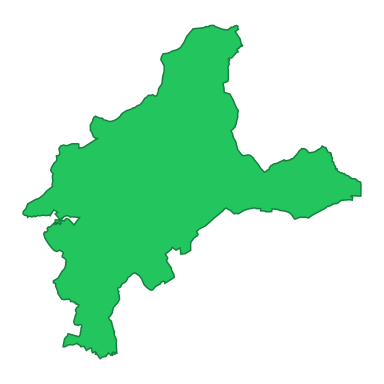 outline of Bistrita, Bistrita-Nasaud, Romania
{"feature_id": "2599482B91510163200898", "entity_name": "Bistrita", "entity_type": "district", "adm_level": 2, "iso_a3": "ROU", "parent_name": "Romania", "parent_adm1": "Bistrita-Nasaud", "projection": "albers", "projection_center": [24.486, 47.14], "detail": "fine", "context": "isolated", "style": "filled", "palette": "green", "viewbox_px": 384, "rotation_deg": 0, "n_neighbors": 0, "source": "geoboundaries", "source_scale": "gbopen_adm2", "svg_char_len": 5869}
<svg xmlns="http://www.w3.org/2000/svg" viewBox="0 0 384 384"><path d="M294.4,218.9L295.1,219.1L300.3,217.1L303.5,217.4L305.0,217.0L308.4,218.0L312.4,215.1L324.6,208.7L327.5,206.4L330.8,205.6L333.7,203.7L336.8,203.6L341.5,200.3L349.7,199.7L352.3,200.2L352.6,197.3L351.1,196.2L351.8,195.7L360.8,196.1L361.0,184.3L360.6,182.2L356.8,180.5L356.8,179.9L355.0,178.8L351.7,178.6L347.9,175.6L346.2,175.4L344.2,173.6L343.6,173.9L342.6,173.1L340.6,172.8L337.8,171.2L337.2,170.5L337.0,168.9L336.0,169.0L336.3,168.5L335.4,168.1L335.6,166.8L334.0,164.3L333.6,162.1L332.2,161.3L332.5,157.9L331.4,156.6L331.3,155.3L331.0,155.3L331.2,154.6L330.6,153.7L331.0,153.2L330.8,152.8L328.0,152.1L325.7,147.5L324.4,147.4L322.2,146.0L320.9,148.0L319.1,149.3L318.5,149.2L316.1,151.1L313.2,152.3L308.8,152.7L307.1,150.5L304.9,148.9L302.7,148.6L302.1,149.0L301.8,148.6L298.6,151.5L298.5,152.2L296.7,154.5L292.7,158.8L291.2,158.8L290.4,159.8L286.5,160.7L284.8,160.9L284.5,159.9L283.4,160.2L277.0,163.3L273.3,164.1L272.6,165.0L271.3,165.3L269.2,168.0L269.1,169.7L267.7,169.9L265.5,171.8L264.3,172.1L260.7,168.3L258.4,164.7L253.9,159.2L253.6,158.2L250.4,155.5L248.3,154.9L243.6,155.7L241.7,154.8L237.7,149.7L235.6,141.3L233.2,137.4L232.7,134.4L231.0,130.6L232.6,129.6L235.3,126.7L235.0,125.5L236.0,124.6L237.5,117.3L237.8,117.2L237.6,113.3L238.3,111.3L238.2,110.5L235.8,106.6L233.3,100.2L229.8,94.0L224.2,92.4L223.9,87.2L223.0,84.6L223.5,83.0L227.8,81.4L228.3,79.3L228.4,71.2L227.9,67.1L229.3,63.9L228.5,61.6L229.3,61.0L229.6,59.9L228.3,59.1L228.8,58.3L231.8,57.8L236.3,52.7L238.2,51.9L236.9,49.3L239.4,47.9L239.2,47.4L240.3,46.8L240.8,45.7L241.7,46.4L242.6,45.7L241.1,43.5L240.1,38.9L235.2,31.6L238.4,29.3L237.8,28.3L237.9,26.2L236.6,25.5L234.2,26.1L233.2,27.1L231.3,27.2L227.5,30.0L222.5,29.3L214.8,26.4L214.2,25.5L212.3,25.4L210.4,25.5L208.8,26.2L208.8,26.7L205.7,26.6L203.8,27.7L193.1,28.8L186.8,36.3L184.0,42.3L180.6,47.5L177.0,49.7L171.5,51.3L170.1,52.4L167.4,53.3L163.1,53.8L161.2,57.5L161.3,58.6L160.7,59.4L164.2,66.0L164.1,71.5L162.8,76.0L161.9,83.8L158.5,88.9L158.3,91.5L156.7,95.8L154.8,96.1L152.6,94.6L150.3,95.5L148.4,95.2L146.7,97.2L144.7,98.4L142.5,101.9L139.9,104.9L137.4,105.6L134.8,107.7L132.6,108.1L131.6,109.0L126.4,110.7L122.0,113.5L120.8,115.0L120.8,115.7L117.0,119.0L114.1,120.5L111.1,121.4L108.2,121.3L107.2,120.6L103.8,119.9L102.3,118.1L100.1,118.3L95.5,116.2L94.2,117.0L92.9,119.3L92.4,121.6L90.3,124.9L90.4,130.3L91.9,132.5L93.4,136.7L95.5,138.1L97.3,138.5L83.4,147.4L79.0,148.2L78.7,144.0L76.9,143.7L71.9,143.8L67.8,145.4L66.1,145.7L63.6,145.0L60.6,146.0L58.9,148.7L59.7,152.3L59.6,154.3L58.1,155.8L56.5,155.8L56.4,156.7L57.0,158.6L56.4,161.0L54.1,163.2L52.6,165.6L51.5,167.6L50.9,169.7L50.8,170.4L51.5,171.9L53.1,173.6L52.9,175.0L52.3,176.1L52.9,181.2L52.0,184.7L52.6,186.3L46.8,190.9L43.1,195.2L39.0,198.3L35.5,199.5L27.6,204.0L27.7,204.7L27.0,205.6L26.1,208.4L23.4,211.3L23.0,212.8L23.2,214.2L24.7,215.3L27.3,215.8L27.6,217.3L29.4,216.2L32.1,217.0L33.9,215.9L34.8,216.7L36.9,216.1L37.4,215.4L39.8,215.9L42.5,215.2L46.5,215.6L49.2,215.1L50.1,215.8L53.8,209.8L57.8,212.4L55.2,213.9L59.7,219.3L58.0,219.9L55.3,219.9L55.1,222.3L54.7,222.8L55.4,223.2L59.7,221.7L60.3,220.1L62.0,218.0L62.4,218.4L63.6,217.0L66.1,215.8L68.1,215.7L70.4,217.1L72.1,216.8L79.5,217.5L74.0,224.9L68.9,219.4L66.7,218.6L65.5,219.1L64.1,221.1L62.8,220.3L62.0,220.7L61.5,220.3L60.6,221.6L60.6,223.1L61.1,223.3L59.9,224.5L59.5,223.8L58.2,223.2L56.7,223.6L56.5,224.2L54.7,224.3L54.1,223.1L49.9,227.2L48.7,226.9L47.7,227.5L47.1,228.6L47.8,230.3L47.6,231.0L45.6,232.5L44.9,231.8L43.6,233.8L45.2,238.6L48.6,244.0L52.0,248.3L54.3,250.5L56.7,251.5L59.9,250.2L62.7,252.0L63.3,253.1L62.2,255.8L62.3,257.0L65.5,259.0L66.1,260.5L66.2,262.0L65.5,262.9L66.1,263.9L65.3,265.4L65.6,266.4L63.7,269.7L62.2,271.1L58.0,278.2L53.4,280.9L53.4,282.8L55.6,283.5L55.6,286.1L57.7,291.2L57.9,293.5L61.7,299.1L63.8,299.7L69.0,299.1L69.9,299.8L70.9,301.6L71.3,301.2L74.8,302.3L74.6,302.8L76.3,303.3L76.1,304.0L78.8,304.8L78.3,306.5L76.8,307.6L75.6,309.6L75.5,310.7L76.5,312.6L76.0,314.8L75.6,314.8L73.7,321.8L74.5,324.1L75.0,324.6L78.7,325.4L78.8,324.7L80.3,324.5L81.7,325.4L81.9,326.4L81.0,328.2L81.1,330.1L80.4,332.3L80.3,334.7L78.7,336.7L68.1,333.7L67.4,335.8L64.6,338.8L63.2,345.5L63.2,346.9L64.8,346.8L68.9,344.7L73.3,344.9L77.2,343.2L77.5,344.0L79.8,345.1L80.6,346.7L84.2,346.4L86.4,350.4L90.6,347.9L91.7,348.2L91.5,349.8L92.4,352.7L93.0,352.9L94.9,351.6L96.1,352.3L96.3,352.7L95.5,353.2L95.4,354.2L97.5,354.6L99.4,357.9L100.3,358.6L101.9,357.2L106.2,356.3L106.5,355.3L108.2,353.8L108.3,353.0L109.6,353.7L110.5,355.0L112.0,355.5L112.7,355.2L113.2,354.3L111.9,353.4L113.0,352.1L113.9,352.3L114.6,354.1L115.4,353.9L115.7,352.8L116.8,353.2L116.2,343.2L116.5,339.9L114.3,334.9L114.4,331.1L113.8,331.0L111.4,321.6L110.8,320.5L109.2,319.6L108.7,317.2L110.4,315.9L112.4,312.6L112.4,311.3L112.9,310.4L112.8,309.6L113.6,307.2L117.5,303.0L119.6,299.2L119.2,295.3L118.4,293.1L118.9,291.5L117.5,289.6L117.6,288.3L120.5,287.1L122.0,283.9L124.7,282.5L126.3,281.0L128.1,277.4L130.1,276.1L132.5,273.7L135.6,272.8L136.4,273.9L139.5,275.9L141.6,278.8L144.1,284.7L147.7,288.2L150.7,290.1L152.5,290.0L155.6,286.4L160.2,284.0L161.1,282.4L163.1,281.2L164.4,281.6L164.9,283.4L174.3,277.3L173.7,274.2L171.6,270.1L171.3,268.0L166.9,261.6L166.6,260.2L167.6,258.7L167.6,257.7L165.3,254.2L171.1,249.5L172.1,247.3L176.1,250.2L179.9,247.9L180.5,250.6L180.7,254.1L185.2,253.7L190.7,250.3L190.6,244.5L190.9,242.2L194.1,237.8L197.2,235.9L198.1,234.2L196.5,231.7L199.1,229.1L205.8,225.6L214.2,218.0L223.4,210.5L223.5,209.9L225.4,208.4L226.5,208.2L228.3,209.5L229.9,210.0L234.0,213.8L236.6,213.4L238.4,213.8L244.0,210.4L249.0,208.8L254.5,207.9L257.3,208.7L260.7,208.5L260.5,210.8L264.5,211.0L265.9,211.8L271.7,211.6L272.1,208.9L277.7,209.4L279.8,210.4L285.0,211.1L289.2,212.5L291.5,214.6L294.4,218.9Z" fill="#22c55e" stroke="#15803d" stroke-width="1.5"/></svg>